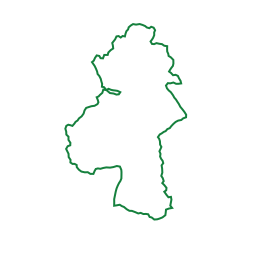 Quatis, Rio de Janeiro, Brazil, rotated 340°
{"feature_id": "56859067B6635113522171", "entity_name": "Quatis", "entity_type": "district", "adm_level": 2, "iso_a3": "BRA", "parent_name": "Brazil", "parent_adm1": "Rio de Janeiro", "projection": "robinson", "projection_center": [-44.235, -22.362], "detail": "fine", "context": "isolated", "style": "outline", "palette": "green", "viewbox_px": 256, "rotation_deg": 340, "n_neighbors": 0, "source": "geoboundaries", "source_scale": "gbopen_adm2", "svg_char_len": 2936}
<svg xmlns="http://www.w3.org/2000/svg" viewBox="0 0 256 256"><g transform="rotate(340 128 128)"><path d="M116.7,53.8L117.9,58.4L118.2,61.4L118.3,64.4L117.9,66.9L118.8,69.2L119.2,72.4L118.9,75.3L118.8,77.7L117.6,80.3L119.4,81.4L120.7,85.0L117.9,83.5L115.9,86.2L113.0,87.3L111.1,88.3L109.1,88.4L109.2,91.3L109.0,93.7L107.5,95.1L104.2,95.7L101.0,95.0L98.4,94.9L95.6,94.8L93.2,96.6L91.2,99.3L88.4,101.2L85.2,102.2L83.2,103.7L80.8,104.3L79.2,105.5L76.5,107.0L74.7,105.6L73.0,104.5L70.8,104.9L68.9,107.2L68.7,110.3L67.8,113.1L69.1,115.8L68.0,118.8L68.8,122.2L67.8,124.5L65.1,124.5L62.7,126.5L63.0,129.2L63.3,131.9L62.3,135.1L63.1,138.2L62.1,140.7L63.6,142.8L65.5,143.4L67.1,145.2L66.5,147.3L67.6,150.4L69.3,153.0L72.3,154.9L75.1,155.8L76.9,158.2L79.8,159.3L82.0,156.9L83.7,155.5L85.9,155.7L88.1,156.9L91.1,157.1L94.1,157.6L97.6,159.1L100.8,159.7L104.5,159.9L107.2,161.5L107.4,165.0L106.8,167.2L105.9,169.6L104.5,173.2L102.7,175.2L100.8,176.6L98.6,178.7L96.6,180.9L94.7,183.6L92.8,186.7L90.7,190.1L89.5,193.5L88.4,196.3L90.9,196.8L94.0,197.3L95.5,199.3L97.2,200.8L99.0,203.9L101.0,206.3L103.3,207.2L106.1,209.6L108.4,211.8L110.9,212.1L113.0,214.1L115.5,214.9L117.5,216.0L117.9,219.0L119.6,220.1L121.4,223.0L124.3,223.8L126.6,223.9L129.8,223.8L133.3,222.7L134.6,220.2L135.8,217.7L139.0,217.7L142.1,218.2L141.2,215.4L142.4,213.4L144.3,210.2L144.8,207.4L142.3,206.9L141.3,204.0L140.3,200.3L142.6,199.6L143.7,197.4L142.6,194.1L141.4,191.5L143.4,190.1L143.5,187.0L142.9,184.4L145.0,181.7L146.2,177.8L146.8,174.6L149.1,173.1L149.3,170.6L148.6,168.4L148.4,165.8L149.7,163.4L149.6,160.6L151.5,158.7L152.9,157.2L152.5,154.6L153.5,151.3L153.6,148.9L153.0,146.8L155.7,144.9L157.8,144.6L160.2,143.9L162.3,143.8L164.6,142.5L167.2,142.4L169.2,141.1L172.0,139.7L174.8,138.6L177.7,138.2L180.8,138.7L183.2,137.8L186.2,137.8L187.2,135.4L186.5,132.2L185.6,129.3L184.4,126.0L184.0,122.8L183.4,120.4L182.8,117.6L181.9,115.3L181.5,112.6L180.5,109.0L179.1,106.6L178.2,104.1L178.2,101.1L180.8,99.5L183.0,100.5L186.2,100.8L188.3,102.9L190.5,103.7L193.2,104.3L193.5,101.7L192.9,98.7L192.7,96.1L190.9,94.3L188.4,93.8L187.2,90.9L185.9,89.0L187.4,87.7L189.2,86.4L191.4,85.0L192.7,83.0L193.9,79.5L192.4,76.2L190.8,74.2L191.2,72.0L191.0,69.6L191.7,67.3L192.8,64.5L190.2,63.1L188.6,60.8L186.1,59.5L183.8,58.0L181.2,58.1L179.3,57.2L178.8,54.4L180.7,53.2L182.4,51.9L184.4,49.7L185.3,47.1L186.9,45.4L186.4,42.5L184.4,40.8L182.2,41.5L180.1,40.0L179.0,38.1L177.0,36.2L174.5,34.3L170.9,33.6L168.3,32.1L165.8,32.6L163.1,33.6L161.8,35.4L159.6,36.5L157.9,38.6L156.4,40.9L154.4,39.7L152.1,40.5L150.6,38.4L148.5,38.0L146.2,40.3L144.1,41.6L142.3,42.7L142.0,45.3L141.3,48.2L138.4,48.9L135.4,50.3L133.9,52.4L130.7,51.2L128.3,54.0L126.1,53.0L125.7,50.5L123.4,49.1L120.9,50.9L118.9,53.0L116.7,53.8ZM120.7,85.0L123.1,84.5L125.1,86.3L126.8,87.4L128.8,88.4L130.8,89.5L133.0,91.7L130.9,93.2L128.5,92.6L126.3,90.7L123.0,89.0L120.7,85.0Z" fill="none" stroke="#15803d" stroke-width="2"/></g></svg>